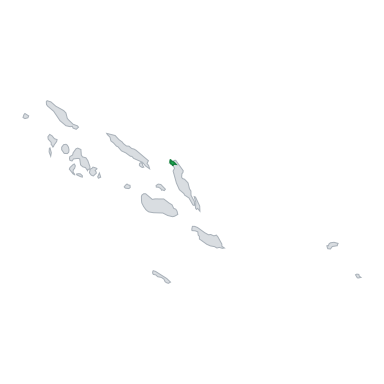 North Malaita, Malaita, Solomon Islands shown in context
{"feature_id": "97153195B19002980300101", "entity_name": "North Malaita", "entity_type": "district", "adm_level": 2, "iso_a3": "SLB", "parent_name": "Solomon Islands", "parent_adm1": "Malaita", "projection": "natural_earth1", "projection_center": [160.61, -8.382], "detail": "fine", "context": "in_parent", "style": "filled", "palette": "green", "viewbox_px": 384, "rotation_deg": 0, "n_neighbors": 0, "source": "geoboundaries", "source_scale": "gbopen_adm2", "svg_char_len": 4645}
<svg xmlns="http://www.w3.org/2000/svg" viewBox="0 0 384 384"><path d="M145.7,193.8L152.3,199.4L155.1,198.9L163.8,199.0L169.0,203.0L172.0,204.8L173.7,208.4L175.8,209.2L177.0,211.1L177.8,214.4L174.6,216.2L172.7,216.7L167.7,215.5L162.8,213.0L153.3,212.7L148.8,211.9L147.3,210.9L145.8,209.6L143.6,206.5L141.8,202.9L141.5,200.7L141.4,196.6L141.9,195.1L143.8,193.7L145.7,193.8ZM175.7,160.3L183.2,170.7L182.9,172.6L181.9,173.7L181.6,177.2L182.5,178.6L184.5,179.2L188.0,182.9L189.5,188.9L190.9,191.0L191.0,195.3L194.3,201.4L194.6,204.3L194.3,205.6L192.9,204.9L189.0,198.0L184.5,195.0L184.0,193.7L179.4,189.7L176.4,183.0L173.1,171.0L174.6,168.2L170.9,162.3L171.1,160.8L173.8,161.1L174.3,160.4L175.7,160.3ZM148.6,165.5L149.6,168.8L145.5,165.9L142.5,162.3L133.7,158.4L131.9,156.4L130.3,156.2L125.8,152.9L121.4,150.8L118.0,146.8L116.4,146.1L113.6,143.0L110.9,140.9L110.0,137.2L107.4,134.6L106.7,133.4L115.1,135.5L118.9,139.6L122.2,142.0L123.4,143.6L126.4,146.0L129.0,146.2L131.7,148.5L134.1,149.1L136.1,150.3L148.4,160.7L147.0,163.5L148.6,165.5ZM204.7,232.7L208.5,234.8L210.7,234.5L213.9,235.9L216.4,235.1L217.9,236.9L221.8,244.0L221.9,246.3L224.4,248.0L222.3,248.3L219.3,247.4L216.9,248.0L214.5,246.6L210.4,245.9L206.8,244.3L199.4,239.0L199.4,236.4L198.2,235.1L197.8,231.8L195.2,230.8L192.0,230.6L191.8,229.1L192.4,226.4L194.7,226.4L197.5,227.5L204.7,232.7ZM77.5,125.9L78.5,127.2L76.2,129.3L73.1,128.1L72.3,126.3L70.2,126.7L65.9,125.7L60.0,120.7L53.7,111.3L47.6,106.1L46.5,104.5L46.3,101.8L47.1,100.7L50.9,101.9L55.8,106.2L63.7,110.6L65.9,112.9L67.3,118.4L68.7,120.0L73.0,124.2L77.5,125.9ZM85.9,157.8L87.8,160.6L90.0,167.0L89.6,169.2L88.0,169.3L87.6,170.7L85.5,167.6L82.7,166.8L80.6,164.9L79.7,158.8L78.1,158.4L73.5,158.9L72.0,161.0L69.9,160.3L69.5,158.5L69.8,156.7L72.6,155.0L73.2,152.7L76.0,148.8L77.7,148.1L80.9,149.5L81.3,155.1L82.5,156.9L85.9,157.8ZM170.5,282.1L168.4,283.3L166.5,282.7L165.1,281.7L163.9,279.1L161.3,277.4L157.7,276.7L155.8,274.9L153.3,274.4L152.6,273.0L152.8,271.5L153.2,270.7L155.5,271.4L166.7,278.5L170.5,282.1ZM53.5,146.6L52.9,147.1L51.9,145.2L51.2,144.6L51.2,142.5L48.2,139.1L47.9,136.8L49.7,134.4L52.0,135.8L54.4,138.7L57.1,139.6L56.6,141.6L54.1,145.0L53.5,146.6ZM68.7,152.2L67.4,153.6L64.2,153.4L61.7,149.8L61.7,147.2L63.6,144.7L66.0,144.3L67.3,145.2L68.5,147.3L69.0,149.9L68.7,152.2ZM96.3,173.2L93.3,176.0L91.2,175.1L89.4,172.7L90.3,169.1L92.0,168.3L93.0,167.1L96.2,168.1L97.0,168.8L95.1,170.5L96.1,171.9L96.3,173.2ZM337.3,245.7L332.3,246.5L330.4,249.0L327.8,248.7L327.0,246.6L327.0,245.6L328.3,245.8L329.1,243.8L330.5,242.8L334.0,242.3L338.1,243.4L337.2,245.3L337.3,245.7ZM199.7,206.1L199.9,211.2L197.6,208.4L196.5,209.4L195.5,208.1L195.8,202.2L194.2,196.6L195.5,197.1L199.7,206.1ZM74.7,174.3L74.7,174.8L73.0,173.8L69.3,169.1L70.0,167.5L73.3,164.4L74.4,164.0L75.3,165.9L74.5,168.7L73.4,169.4L73.0,172.1L74.7,174.3ZM158.2,184.1L160.8,184.5L165.4,189.2L164.3,190.6L162.2,189.9L161.5,190.2L160.8,188.6L158.4,187.2L156.3,187.1L156.1,185.5L158.2,184.1ZM128.8,188.6L125.3,188.1L124.2,186.9L125.5,185.2L127.0,184.0L128.4,185.0L130.0,185.3L130.2,187.5L128.8,188.6ZM27.9,117.8L24.9,118.6L23.0,117.5L23.9,114.8L24.9,113.5L28.7,115.9L27.9,117.8ZM143.8,167.1L142.3,167.5L140.2,166.3L139.3,165.1L139.7,163.3L141.0,162.6L142.4,163.8L142.5,165.1L143.8,167.1ZM361.0,277.4L358.3,278.0L357.3,277.8L355.5,274.8L356.8,274.1L358.8,274.4L359.3,276.2L361.0,277.4ZM82.4,175.8L82.3,177.1L80.6,176.7L76.7,174.8L76.6,174.0L78.8,173.7L80.4,173.9L82.4,175.8ZM51.3,152.7L50.7,156.2L49.1,151.9L49.4,148.3L50.0,147.9L51.3,152.7ZM100.7,177.2L98.4,178.2L97.7,176.8L99.4,173.0L100.7,177.2Z" fill="#d9dde1" stroke="#a8b0b8" stroke-width="1"/><path d="M172.9,165.4L173.0,165.3L173.0,165.2L173.5,164.5L173.5,164.4L173.7,164.1L175.9,164.3L174.2,162.5L174.1,162.4L173.9,162.4L173.7,162.3L173.6,162.2L173.4,162.1L173.2,162.0L173.2,161.9L172.9,161.8L172.9,161.7L172.7,161.7L172.4,161.6L172.2,161.5L172.0,161.4L171.9,161.4L171.7,161.3L171.6,161.2L171.4,161.0L171.3,160.9L171.2,160.9L170.9,160.8L170.7,160.8L170.4,160.8L170.2,160.8L170.1,161.0L170.0,161.3L170.0,161.5L170.1,161.8L170.2,162.0L170.3,162.0L170.4,162.3L170.5,162.4L170.4,162.5L170.5,162.5L170.4,162.5L170.5,162.8L170.5,163.0L170.8,163.2L170.8,163.3L171.0,163.4L171.0,163.5L170.9,163.6L170.8,163.4L170.7,163.4L170.8,163.5L171.0,163.8L171.2,163.7L171.3,163.8L171.4,164.0L171.5,164.0L171.8,164.1L172.0,164.2L172.0,164.3L172.1,164.5L172.3,164.5L172.5,164.7L172.5,164.8L172.6,165.0L172.6,165.3L172.8,165.4L172.9,165.4ZM170.9,160.4L170.9,160.2L170.7,160.0L170.6,159.9L170.4,159.9L170.3,160.0L170.5,160.2L170.5,160.3L170.8,160.5L170.9,160.4L170.9,160.4Z" fill="#22c55e" stroke="#15803d" stroke-width="1.5"/></svg>